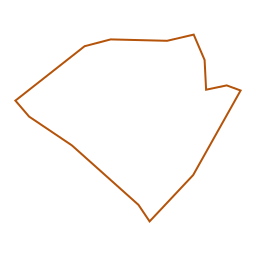 an SVG outline of Western
{"feature_id": "ASM-5002", "entity_name": "Western", "entity_type": "state/province", "adm_level": 1, "iso_a3": "ASM", "parent_name": "American Samoa", "parent_adm1": "", "projection": "equal_earth", "projection_center": [-170.747, -14.332], "detail": "fine", "context": "isolated", "style": "outline", "palette": "amber", "viewbox_px": 256, "rotation_deg": 0, "n_neighbors": 0, "source": "natural_earth", "source_scale": "10m", "svg_char_len": 294}
<svg xmlns="http://www.w3.org/2000/svg" viewBox="0 0 256 256"><path d="M240.6,90.5L193.2,175.0L149.6,221.4L138.5,204.9L71.9,145.4L29.1,116.6L15.4,100.6L84.6,46.2L110.7,39.4L167.1,40.8L193.7,34.6L204.6,60.0L206.1,89.7L226.7,85.4L240.6,90.5Z" fill="none" stroke="#b45309" stroke-width="2"/></svg>